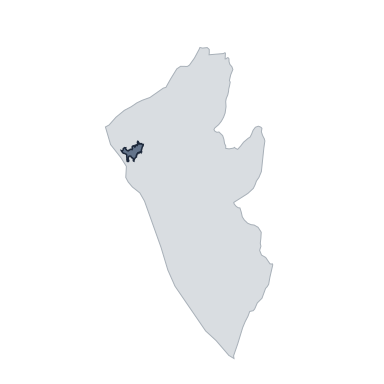 Klay, Bomi, Liberia shown in context, rotated 20°
{"feature_id": "62588387B44236806524966", "entity_name": "Klay", "entity_type": "district", "adm_level": 2, "iso_a3": "LBR", "parent_name": "Liberia", "parent_adm1": "Bomi", "projection": "equal_earth", "projection_center": [-10.826, 6.705], "detail": "fine", "context": "in_parent", "style": "filled", "palette": "slate", "viewbox_px": 384, "rotation_deg": 20, "n_neighbors": 0, "source": "geoboundaries", "source_scale": "gbopen_adm2", "svg_char_len": 5521}
<svg xmlns="http://www.w3.org/2000/svg" viewBox="0 0 384 384"><g transform="rotate(20 192 192)"><path d="M88.4,160.5L91.1,157.5L95.0,147.7L100.5,138.4L105.6,132.8L109.7,127.1L114.0,122.7L120.1,117.6L129.5,104.2L131.7,102.6L133.2,93.3L135.6,81.5L138.3,77.8L144.7,75.6L146.2,73.6L148.5,65.3L149.9,55.6L150.0,53.5L152.6,53.2L156.9,51.1L159.4,52.1L160.5,54.9L161.1,57.2L174.1,51.2L175.3,49.9L175.9,50.1L177.6,55.6L178.5,55.2L179.3,53.7L180.2,53.5L181.2,54.2L182.2,56.8L183.9,59.1L186.7,60.7L188.5,62.9L188.3,68.7L189.0,74.4L190.3,75.7L190.9,79.1L191.3,82.8L191.9,84.8L192.4,88.5L192.2,92.5L192.7,95.4L194.8,100.2L196.1,106.4L196.1,110.8L195.4,115.4L194.0,119.6L191.5,124.1L191.3,125.9L192.8,127.1L195.0,127.4L196.8,126.4L201.5,128.5L203.9,131.5L206.0,135.3L207.9,137.1L208.8,139.5L212.1,138.8L215.9,136.6L216.7,135.5L217.8,136.1L220.3,136.3L222.0,132.2L223.4,127.6L226.3,122.5L227.8,120.5L228.2,117.3L228.3,113.1L229.4,109.5L231.8,107.5L234.4,107.5L235.9,108.2L236.6,111.7L238.7,114.4L240.6,116.3L241.5,117.0L243.0,119.1L244.5,126.2L250.2,149.1L249.9,155.4L248.8,159.6L248.8,163.6L248.4,167.6L245.0,174.2L234.8,187.5L235.6,188.7L238.0,190.2L240.5,191.0L242.5,190.6L245.1,194.0L247.8,198.2L250.7,200.4L254.9,202.3L258.6,202.5L261.7,201.8L266.2,202.6L270.8,206.1L272.5,211.8L273.7,216.8L275.3,219.4L275.5,223.7L278.9,227.5L283.6,228.3L289.8,232.8L291.4,232.5L292.0,232.0L292.8,232.8L294.4,245.7L295.6,252.6L295.0,255.3L294.1,257.5L294.1,267.9L291.3,273.9L290.9,280.5L290.1,282.6L287.1,284.5L287.1,289.5L286.3,295.6L286.0,302.1L286.9,319.1L287.1,331.7L288.4,334.1L282.6,333.0L265.5,323.4L252.3,317.9L208.2,286.3L196.0,273.6L181.9,254.7L150.5,216.8L143.3,210.7L134.3,207.7L128.7,204.5L124.8,201.0L121.6,190.4L113.7,184.2L99.3,175.3L88.4,160.5Z" fill="#d9dde1" stroke="#a8b0b8" stroke-width="1"/><path d="M126.1,164.3L125.8,164.4L125.6,164.4L125.4,164.2L125.1,163.9L125.0,163.7L124.7,163.5L124.5,163.3L124.2,163.0L124.0,162.9L123.8,162.9L123.8,163.0L123.7,163.0L123.7,163.3L123.7,163.5L123.6,163.8L123.7,164.0L124.1,164.7L124.2,164.9L124.6,165.4L124.7,165.6L124.6,165.8L124.6,166.0L124.8,166.0L124.7,166.2L124.7,166.3L124.6,166.5L124.6,166.8L124.6,167.0L124.4,167.0L124.3,166.8L124.2,166.6L123.9,166.5L123.7,166.7L123.4,166.9L123.2,167.1L123.4,167.3L123.1,167.4L123.2,167.6L123.2,167.8L123.1,167.7L123.0,167.8L123.0,168.1L122.9,168.4L122.9,168.5L122.6,168.4L122.7,168.7L122.7,168.9L122.4,168.7L122.4,168.8L122.3,168.7L122.2,168.6L122.1,168.9L122.0,169.0L121.9,169.0L121.8,168.9L121.7,168.9L121.4,168.7L121.2,168.8L121.1,168.7L121.0,168.8L120.7,169.0L120.4,169.4L120.3,169.7L120.4,170.0L120.5,170.3L120.6,170.7L120.7,170.8L120.8,171.1L121.2,171.5L121.2,171.9L121.0,172.1L120.9,172.2L121.1,172.6L120.3,172.8L119.9,172.9L119.5,173.0L119.4,173.0L119.2,173.5L118.9,174.1L118.7,174.3L118.3,174.4L118.3,174.8L118.2,175.0L117.9,175.2L117.1,175.2L116.9,175.2L116.6,175.1L116.4,175.0L116.0,174.9L115.8,174.6L115.6,174.5L115.3,174.5L115.2,174.5L115.0,174.2L114.9,174.1L114.7,173.8L114.7,173.7L114.6,173.1L114.4,173.2L113.9,173.5L113.6,173.4L113.4,173.4L113.3,173.6L113.1,174.0L112.8,174.3L112.6,174.6L112.7,174.9L112.9,175.9L112.9,176.1L112.8,176.3L112.7,176.5L112.6,177.0L112.4,177.1L112.1,177.2L111.9,177.2L111.6,177.3L111.4,177.3L111.5,177.4L111.7,177.6L112.4,178.0L113.0,178.5L113.6,178.8L114.0,179.0L114.7,179.0L114.8,179.0L115.4,178.8L116.0,178.9L116.9,179.0L117.5,179.1L117.9,179.5L118.0,179.7L118.2,180.1L118.3,180.3L118.4,180.5L118.5,180.7L118.5,181.0L118.6,181.3L118.8,181.5L119.0,181.9L119.2,182.3L119.3,182.4L119.3,182.5L119.4,182.8L119.5,182.8L119.5,183.2L119.6,183.6L119.8,183.9L120.0,184.2L120.1,184.4L120.2,184.5L120.3,184.6L120.3,184.8L120.4,185.1L120.6,185.3L120.8,185.4L121.1,185.2L121.4,185.2L121.9,185.0L121.9,184.9L121.9,184.6L121.8,184.1L121.7,183.8L121.5,183.6L121.4,183.6L121.2,183.5L121.0,183.4L120.8,183.0L120.7,182.6L120.6,182.4L120.6,182.2L120.6,181.7L120.5,181.2L120.4,180.6L120.4,180.3L120.4,180.2L120.6,180.0L120.7,179.9L121.0,179.6L121.4,179.4L121.8,179.4L122.0,179.4L122.4,179.3L122.5,179.4L122.6,179.6L122.8,179.9L123.0,180.0L123.4,180.2L123.7,180.4L124.0,180.4L124.7,180.5L124.7,180.4L124.9,180.5L125.3,180.6L125.5,180.7L125.6,181.0L125.7,181.4L125.9,182.1L126.0,182.3L126.2,182.7L126.5,182.9L126.8,182.9L126.6,182.5L126.6,182.4L126.7,181.9L126.7,181.2L126.6,180.7L126.9,179.8L127.0,179.5L127.1,179.1L127.3,178.6L127.6,178.4L127.7,178.1L127.8,178.0L127.6,177.5L127.5,177.3L127.4,177.3L127.3,177.2L127.4,176.9L127.3,176.7L127.2,176.4L127.2,175.9L127.2,175.6L127.3,175.6L127.2,175.4L127.4,175.2L127.5,175.2L127.6,174.9L127.6,174.7L127.7,174.3L127.7,174.2L127.9,174.1L128.0,174.1L127.9,173.9L128.0,173.9L128.2,173.7L128.3,173.5L128.3,173.4L128.5,173.3L128.5,173.2L128.8,173.2L128.9,172.8L129.0,172.8L129.1,172.7L129.1,172.8L129.2,172.6L129.3,172.5L129.2,172.5L129.3,172.4L129.4,172.5L129.4,172.4L129.5,172.2L129.7,172.4L129.9,172.4L130.0,172.3L130.1,172.1L130.3,172.1L130.4,171.9L130.6,171.9L130.7,172.0L130.7,171.9L130.8,171.8L130.7,171.7L130.8,171.6L130.9,171.4L130.7,171.1L130.4,170.8L130.3,170.5L130.3,170.4L130.2,170.2L130.0,169.8L130.1,169.5L130.1,169.3L130.1,169.0L130.0,168.5L130.0,168.2L130.0,167.8L130.0,167.6L129.9,167.3L129.9,166.8L129.9,166.3L129.9,166.1L130.1,165.8L130.2,165.6L130.2,165.2L130.1,164.6L130.0,164.2L129.8,164.4L129.8,164.5L129.7,164.5L129.3,164.5L129.1,164.5L128.9,164.2L128.7,164.2L128.6,164.3L128.4,164.2L128.1,163.8L127.9,163.9L127.7,164.0L127.0,164.2L126.8,164.8L126.4,164.8L126.4,164.7L126.1,164.3L126.1,164.3Z" fill="#64748b" stroke="#1e293b" stroke-width="1.5"/></g></svg>